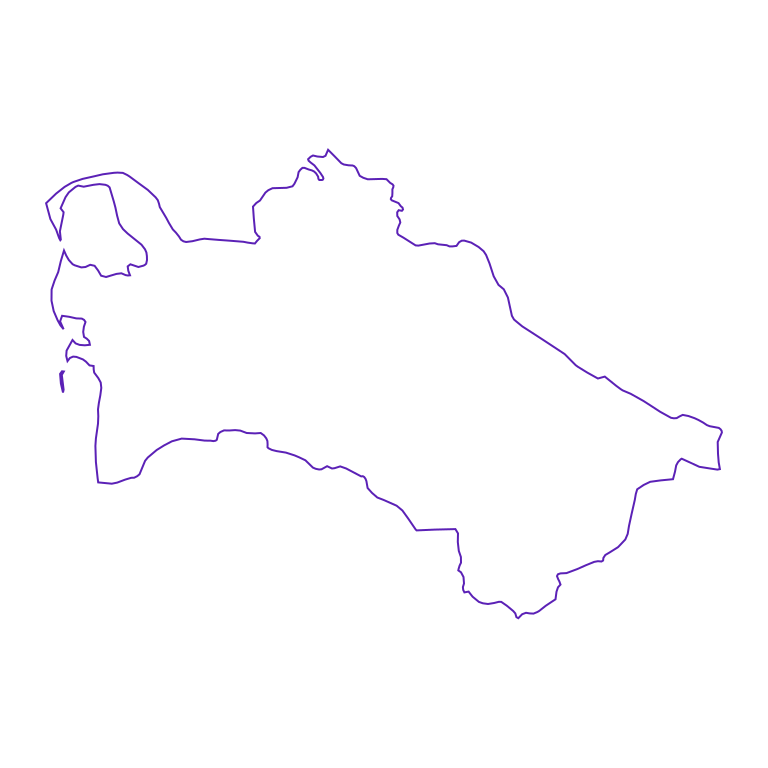 SVG path tracing the border of Turkmenistan
{"feature_id": "TKM", "entity_name": "Turkmenistan", "entity_type": "country or territory", "adm_level": 0, "iso_a3": "TKM", "parent_name": "Asia", "parent_adm1": "", "projection": "orthographic", "projection_center": [58.325, 38.975], "detail": "fine", "context": "isolated", "style": "outline", "palette": "violet", "viewbox_px": 768, "rotation_deg": 0, "n_neighbors": 0, "source": "natural_earth", "source_scale": "50m", "svg_char_len": 5235}
<svg xmlns="http://www.w3.org/2000/svg" viewBox="0 0 768 768"><path d="M206.4,238.9L218.7,239.9L229.8,240.7L243.5,241.8L247.6,242.6L252.5,243.3L254.9,243.5L257.1,240.8L258.6,239.3L259.7,238.2L259.5,236.8L257.8,235.7L255.1,231.9L253.8,218.2L253.0,206.6L256.3,203.0L260.0,200.5L265.4,192.6L268.3,190.2L272.5,188.2L286.6,187.8L292.5,186.3L294.4,183.8L297.6,177.3L298.6,172.1L300.4,169.7L302.4,167.9L304.6,167.9L308.7,169.5L311.9,170.4L314.1,171.5L316.1,173.4L318.1,176.6L318.4,178.8L319.3,180.0L320.9,180.0L322.1,180.0L322.9,179.6L323.4,178.5L323.0,177.0L320.3,172.9L314.4,165.4L310.5,162.4L308.6,160.7L308.1,159.2L310.6,156.8L313.0,155.5L317.3,156.5L323.0,157.0L325.5,155.8L328.1,149.8L334.5,156.2L341.3,163.2L343.8,164.5L348.6,165.3L352.6,165.5L354.3,166.2L356.1,168.1L359.7,175.8L363.3,177.8L367.8,179.3L382.1,178.9L386.5,179.2L390.2,182.9L392.5,184.3L393.5,185.6L393.3,187.2L392.4,189.3L392.4,193.2L392.2,196.3L391.1,197.8L390.8,199.1L391.7,200.3L398.5,203.1L400.8,206.2L402.5,207.6L403.0,209.5L401.9,210.8L398.7,210.2L397.2,212.3L397.3,216.0L399.6,219.4L400.3,222.5L398.9,225.6L397.3,229.9L397.3,233.0L398.3,234.7L403.5,237.7L415.6,245.4L418.4,245.6L429.6,243.5L434.8,243.2L438.0,244.3L446.7,245.2L449.5,246.4L452.5,246.4L456.5,245.9L459.1,242.2L460.5,241.4L461.7,240.7L464.2,240.6L471.2,242.6L478.6,247.0L483.6,251.2L486.1,255.0L489.5,263.4L493.7,276.3L498.5,284.9L503.8,289.3L507.9,297.5L511.9,315.8L514.0,319.5L516.1,321.3L522.3,326.4L535.0,334.6L542.4,339.4L554.1,347.1L564.7,354.1L575.7,365.2L577.9,366.8L587.3,372.6L597.9,378.5L604.8,376.6L616.2,385.8L620.8,389.2L622.7,390.4L630.7,393.8L643.7,401.1L660.2,411.8L671.0,417.8L673.9,418.3L676.7,418.1L679.6,416.4L682.7,414.9L688.4,416.0L694.6,418.2L698.5,420.0L703.2,422.6L706.9,425.1L709.7,426.2L718.8,427.9L720.5,429.2L721.6,430.8L721.9,432.5L717.7,442.0L718.0,453.7L718.7,462.4L719.9,469.1L717.4,469.6L711.4,468.7L699.3,466.8L688.7,461.9L681.7,458.7L680.7,459.3L678.0,462.1L676.2,465.4L675.0,471.7L673.0,479.2L660.6,480.4L650.2,481.8L643.6,485.0L637.2,489.3L635.8,494.0L634.8,499.9L631.7,513.5L629.0,525.9L627.7,533.9L625.3,539.5L618.1,547.1L609.7,552.4L605.3,555.0L603.4,557.9L603.1,560.5L601.5,561.5L597.9,561.2L594.1,561.9L586.0,565.2L577.2,569.1L566.5,573.1L560.4,573.4L557.9,574.3L557.0,576.1L558.2,579.2L559.4,581.5L560.5,584.6L558.0,587.3L556.5,591.7L555.5,599.3L551.7,601.8L545.7,605.8L539.1,611.0L537.4,612.0L533.5,613.6L529.6,613.4L526.0,612.8L522.2,614.2L518.3,618.2L516.4,617.1L515.3,613.4L513.2,611.0L506.8,605.7L501.3,601.9L498.9,601.8L494.1,603.0L488.0,604.0L482.9,603.3L478.9,601.9L472.6,596.7L470.3,593.8L468.6,591.6L464.4,592.4L463.2,589.9L462.9,587.1L464.0,583.5L463.5,577.0L461.0,572.3L458.3,570.4L458.6,568.9L459.6,565.6L461.0,562.7L460.9,557.0L458.8,550.9L457.8,542.0L458.0,533.4L455.4,529.1L434.9,529.6L416.6,530.4L415.6,529.4L408.3,518.7L402.4,510.5L396.6,505.7L383.5,499.9L377.3,497.5L372.0,492.9L367.6,488.0L366.4,481.1L365.5,478.8L364.2,477.0L362.8,476.2L361.2,476.4L346.2,468.5L340.2,466.4L334.5,468.2L332.0,468.5L327.1,466.2L321.5,469.3L319.1,469.5L315.7,468.8L312.9,467.6L305.4,460.3L299.1,457.3L294.6,455.4L285.9,452.6L276.6,451.1L271.8,449.9L268.4,448.2L267.5,447.2L267.6,444.5L267.4,441.0L266.3,438.4L264.0,435.4L260.7,433.0L255.1,433.4L246.7,433.0L240.3,430.6L235.2,430.1L229.1,430.5L224.0,430.4L220.4,432.0L218.2,433.9L216.8,439.8L215.6,440.7L213.4,441.1L210.6,440.7L204.7,440.6L194.5,439.3L181.7,438.6L171.9,441.3L164.1,445.4L156.7,450.0L147.8,457.5L145.1,460.8L139.5,474.3L137.2,476.2L134.2,477.7L131.2,477.8L125.2,479.6L117.2,482.6L111.8,483.7L98.2,482.4L97.6,478.0L95.9,462.0L95.4,445.9L95.9,438.5L98.0,423.7L98.3,416.2L98.0,409.4L98.9,402.8L100.3,395.4L101.3,387.9L100.7,382.5L98.3,378.1L94.2,372.6L93.7,369.5L93.6,366.0L89.5,365.4L85.9,361.6L82.9,359.4L76.4,356.9L73.1,356.6L69.9,358.0L67.5,361.1L66.2,355.9L66.6,350.6L72.5,340.0L75.6,343.4L79.6,344.9L84.8,345.3L89.9,344.8L89.1,341.0L86.8,338.7L84.0,336.9L83.2,331.9L83.9,326.7L85.5,322.0L84.1,319.9L81.8,318.6L76.3,318.4L69.2,316.8L62.1,315.8L60.1,321.4L63.6,329.2L60.4,325.3L57.6,320.2L53.7,311.1L51.5,300.7L51.6,289.5L54.6,280.5L58.2,272.1L60.8,261.2L64.0,250.5L66.2,255.5L68.8,260.0L72.6,264.2L74.7,265.3L81.3,267.4L85.5,267.0L90.2,264.8L94.6,265.8L98.1,270.5L101.1,275.7L106.0,277.0L116.5,273.9L121.4,273.3L125.6,275.1L127.8,275.5L130.0,275.3L128.3,270.8L127.7,266.4L130.4,264.3L138.4,267.0L143.6,265.6L145.0,264.8L146.2,263.7L147.0,260.0L146.9,256.1L146.4,252.5L145.0,249.3L141.5,244.7L127.6,233.5L123.0,229.1L119.2,223.4L117.1,215.6L115.4,207.5L113.8,201.5L109.6,187.4L107.7,185.7L105.4,184.8L99.5,184.1L93.5,184.8L83.7,186.7L78.2,185.6L75.5,186.9L68.8,192.4L65.5,197.2L60.6,208.3L63.6,212.2L63.3,214.6L59.9,231.3L60.8,239.6L60.3,240.2L59.2,238.2L56.1,229.6L50.4,219.1L46.1,203.2L56.1,193.6L64.6,186.9L71.4,182.9L73.4,182.0L82.6,178.9L94.2,176.3L102.8,174.3L114.0,172.8L117.6,172.6L122.9,172.9L127.2,175.0L129.7,176.6L138.6,183.2L147.8,189.9L155.6,197.3L157.8,200.2L159.0,203.7L159.8,207.1L166.3,218.0L168.9,222.9L172.8,229.4L175.9,232.6L179.0,236.5L181.0,239.7L183.4,241.3L186.1,242.0L192.4,241.2L199.9,239.4L204.4,238.7L206.4,238.9ZM63.6,389.7L63.0,392.5L60.9,383.6L60.1,373.9L62.0,371.3L63.8,371.5L61.8,374.9L63.6,389.7Z" fill="none" stroke="#5b21b6" stroke-width="2"/></svg>